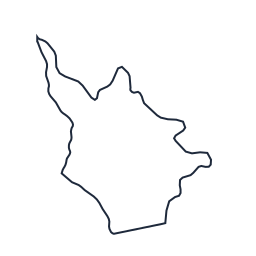 outline of Mchinji, rotated 172°
{"feature_id": "MWI-1911", "entity_name": "Mchinji", "entity_type": "District", "adm_level": 1, "iso_a3": "MWI", "parent_name": "Malawi", "parent_adm1": "", "projection": "orthographic", "projection_center": [33.108, -13.784], "detail": "fine", "context": "isolated", "style": "outline", "palette": "slate", "viewbox_px": 256, "rotation_deg": 172, "n_neighbors": 0, "source": "natural_earth", "source_scale": "10m", "svg_char_len": 1687}
<svg xmlns="http://www.w3.org/2000/svg" viewBox="0 0 256 256"><g transform="rotate(172 128 128)"><path d="M60.7,80.2L63.5,79.7L69.6,74.5L72.6,72.6L80.8,71.3L83.7,69.3L84.7,64.1L84.5,59.9L85.0,56.3L86.9,53.8L91.0,53.1L97.4,49.7L101.4,40.9L104.3,28.6L107.4,28.3L156.7,25.2L158.0,25.9L159.3,27.3L160.4,30.7L160.5,33.1L159.5,37.9L159.7,40.7L160.7,43.6L164.4,51.3L166.8,57.8L168.8,61.6L171.5,65.0L179.5,72.5L182.6,76.3L184.8,78.4L191.0,82.1L200.0,92.3L198.5,95.6L197.1,97.5L196.3,98.4L195.0,100.3L194.0,102.6L193.2,105.2L192.7,106.3L189.7,109.7L189.1,110.7L188.6,111.8L188.6,113.1L189.1,114.8L189.3,116.6L188.9,119.2L188.3,120.8L187.5,122.0L186.1,123.9L185.6,125.0L185.2,126.7L185.0,132.5L184.4,134.4L183.8,135.8L182.4,137.6L182.0,139.1L182.3,141.1L184.5,145.6L186.5,148.1L188.5,150.1L190.1,151.5L191.6,153.2L192.5,154.8L195.9,163.4L200.3,170.3L201.3,172.6L201.8,175.4L201.3,178.4L200.5,180.3L200.3,181.8L200.4,183.9L201.8,190.9L201.4,194.6L199.7,199.7L199.3,202.5L199.8,205.7L203.1,215.1L205.7,226.6L205.8,226.6L205.2,230.8L204.6,229.6L203.0,228.1L201.0,227.3L197.8,225.2L195.9,223.1L190.4,213.9L189.4,209.7L190.5,198.3L188.1,191.8L183.1,187.8L170.8,181.0L167.0,176.3L160.0,163.2L156.9,160.5L154.6,161.8L152.5,167.6L150.5,169.6L142.7,171.9L139.6,173.6L136.6,177.0L129.6,188.4L125.5,189.4L120.3,182.6L119.2,179.1L119.9,167.5L120.3,166.2L120.3,165.0L119.0,163.1L117.2,162.1L113.1,162.4L111.3,160.8L109.9,157.2L109.4,153.8L108.6,150.3L97.4,136.5L94.1,133.7L87.3,131.1L79.0,129.5L72.6,126.6L71.3,120.4L73.7,117.8L81.9,113.9L83.8,111.4L82.6,108.6L74.1,96.6L68.2,94.0L60.0,93.9L52.9,92.3L50.2,85.0L51.2,80.2L53.4,78.4L56.6,78.7L60.7,80.2Z" fill="none" stroke="#1e293b" stroke-width="2"/></g></svg>